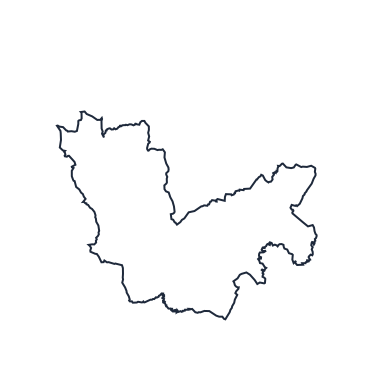 Zipaquira, Cundinamarca, Colombia (Albers equal-area conic projection), rotated 329°
{"feature_id": "7082276B49275138212053", "entity_name": "Zipaquira", "entity_type": "district", "adm_level": 2, "iso_a3": "COL", "parent_name": "Colombia", "parent_adm1": "Cundinamarca", "projection": "albers", "projection_center": [-74.018, 5.061], "detail": "fine", "context": "isolated", "style": "outline", "palette": "slate", "viewbox_px": 384, "rotation_deg": 329, "n_neighbors": 0, "source": "geoboundaries", "source_scale": "gbopen_adm2", "svg_char_len": 6032}
<svg xmlns="http://www.w3.org/2000/svg" viewBox="0 0 384 384"><g transform="rotate(329 192 192)"><path d="M280.5,214.9L279.2,213.9L278.9,214.9L277.6,215.7L275.8,218.3L275.3,218.4L275.0,217.6L273.7,218.8L273.3,217.8L272.4,218.2L271.9,217.6L271.3,217.6L271.1,219.4L268.5,220.4L267.5,222.8L265.0,223.8L263.1,223.0L262.5,223.2L261.6,221.5L260.9,219.5L261.2,214.4L260.2,212.9L258.8,213.8L257.0,213.7L254.0,214.8L253.7,214.5L243.5,219.0L238.2,216.2L237.2,217.0L234.0,214.5L233.2,215.3L232.5,214.6L229.8,213.8L228.4,215.1L228.1,214.7L226.5,215.7L224.3,215.2L224.4,214.2L220.0,211.3L217.7,213.2L215.5,216.4L210.3,211.2L209.0,211.3L208.2,212.9L207.6,212.4L207.6,211.5L205.0,209.3L203.3,210.0L202.5,209.7L200.3,211.4L199.5,210.9L198.1,211.7L195.5,209.7L193.6,209.6L192.6,209.1L184.3,209.6L178.7,207.7L171.8,210.7L169.0,210.7L166.5,211.8L162.3,212.2L162.1,209.7L161.5,209.1L161.6,206.1L160.4,204.7L162.4,200.1L164.5,200.8L166.1,200.6L166.9,200.0L169.1,195.1L170.5,190.0L170.7,185.3L171.8,180.4L170.0,178.0L169.9,175.4L171.7,172.1L174.5,171.5L175.4,170.9L177.2,167.6L178.6,166.3L178.9,163.7L179.6,162.6L182.4,162.0L183.6,160.6L184.4,158.8L184.6,154.3L186.2,148.2L189.2,144.0L188.9,140.3L187.4,140.1L185.5,138.8L184.0,138.3L182.0,135.6L179.6,134.0L177.8,133.7L176.1,134.2L175.6,133.8L175.7,132.0L176.3,131.0L179.4,128.0L181.0,127.8L181.7,127.3L180.9,125.3L183.9,122.3L184.9,118.7L187.0,116.6L188.8,113.5L187.7,108.7L187.8,106.6L185.7,105.3L183.6,105.6L181.5,107.2L179.6,105.6L179.0,104.5L178.5,104.3L177.8,104.9L176.2,104.7L174.8,102.8L173.3,101.8L171.1,101.5L170.0,100.3L169.4,100.4L167.1,99.1L165.3,99.1L165.2,98.5L164.3,98.1L163.6,98.8L162.4,98.5L160.6,99.2L158.8,98.9L158.1,97.3L156.9,97.8L155.2,97.0L154.4,95.1L153.2,94.7L151.5,94.5L150.5,95.3L149.8,94.9L148.2,96.7L145.5,97.2L144.6,99.9L144.9,95.7L146.6,94.2L147.2,91.1L151.0,84.5L152.5,83.1L152.8,82.1L150.5,82.9L147.9,81.4L145.4,75.8L141.9,70.9L141.4,67.7L137.9,66.2L138.1,67.2L135.3,72.1L133.8,73.1L132.2,72.4L131.1,72.6L129.6,75.1L124.8,80.4L122.6,80.0L120.0,77.8L116.7,76.2L116.7,75.4L115.9,74.4L114.9,70.0L112.0,67.6L111.1,65.9L110.4,65.7L110.7,71.9L109.8,73.9L106.5,79.9L101.6,85.8L102.7,89.8L104.4,91.4L103.1,91.8L103.3,93.0L102.7,94.8L101.6,95.2L101.4,95.9L102.9,97.3L104.4,97.2L105.2,97.6L106.8,105.7L106.1,108.6L102.0,108.4L101.8,109.0L102.8,110.4L99.9,111.9L97.1,116.6L96.4,120.0L96.3,121.4L97.0,122.2L95.3,128.0L96.7,131.7L96.6,135.4L97.4,137.6L96.9,140.2L97.2,143.1L93.5,144.4L94.3,144.8L94.7,146.5L95.6,147.3L95.2,148.2L96.3,149.6L96.5,153.0L97.6,155.1L98.1,158.8L97.3,162.3L96.0,163.9L96.0,165.1L94.6,168.2L94.5,172.5L92.4,177.5L91.0,178.6L90.4,180.2L88.8,181.2L86.2,181.9L86.0,183.5L84.5,184.3L83.8,185.9L81.2,186.6L79.4,185.4L76.2,184.1L76.7,185.7L76.7,188.0L74.8,189.6L74.2,190.9L77.2,195.1L78.5,196.1L78.8,199.4L78.2,205.6L80.1,206.6L81.6,205.6L82.9,208.5L84.4,209.2L88.5,213.7L89.4,213.8L94.3,218.7L93.6,221.6L90.7,226.6L88.5,229.8L87.9,231.4L85.5,233.8L85.5,239.4L84.9,243.1L84.2,244.6L84.1,248.8L83.3,252.0L82.2,252.6L82.4,253.8L84.2,254.8L84.2,256.3L84.6,256.6L87.8,258.3L89.2,258.3L92.1,260.8L92.9,261.1L93.9,260.8L94.0,261.8L94.5,262.2L100.9,262.9L102.2,263.7L103.5,263.6L104.5,264.3L106.9,263.7L107.4,264.4L109.4,264.6L110.2,263.9L111.1,264.1L113.7,263.3L115.0,264.2L114.6,264.8L113.8,264.6L113.5,264.9L113.7,265.5L114.9,266.1L114.2,267.3L113.4,266.9L113.0,267.8L112.2,267.4L111.9,267.8L112.7,268.9L113.6,268.7L111.7,270.3L112.2,272.1L111.6,272.3L110.8,271.0L110.4,271.8L111.6,273.6L111.2,275.3L111.7,275.9L111.0,276.7L111.4,277.1L111.8,279.8L114.7,281.8L114.2,282.3L113.9,281.6L113.3,282.3L113.6,283.4L114.5,283.7L114.0,283.8L114.1,284.6L115.2,285.2L116.1,285.0L116.2,284.4L117.1,284.8L117.3,285.2L116.3,286.0L116.7,286.4L117.9,285.6L117.6,286.8L117.0,287.4L118.1,287.4L118.6,286.9L118.7,287.8L120.9,288.3L121.3,289.3L122.5,289.6L122.9,289.1L124.7,290.0L125.4,289.3L128.7,291.3L129.3,291.2L129.2,290.6L130.1,291.2L130.1,291.7L131.9,292.3L132.9,296.8L134.7,298.5L135.8,298.5L137.3,299.5L141.3,300.3L145.5,303.0L149.1,310.5L151.1,312.9L153.8,314.5L154.1,317.2L155.0,318.3L162.3,314.5L164.4,312.7L166.4,311.9L167.6,310.6L171.1,308.7L173.3,306.3L177.8,303.5L177.1,301.0L178.9,299.8L181.9,298.9L182.9,297.8L182.0,297.3L181.0,295.5L180.8,293.8L181.5,291.4L181.5,289.9L186.6,289.5L190.3,287.6L192.3,287.7L197.2,289.0L199.1,292.8L200.4,299.7L200.6,304.5L203.5,304.5L206.8,307.5L207.7,307.5L210.1,304.2L209.9,302.8L208.8,301.0L209.7,299.9L211.0,299.2L210.7,297.8L212.2,297.0L211.6,294.8L212.2,294.6L213.7,296.6L215.0,295.6L216.5,295.3L215.7,293.9L215.6,289.7L213.7,288.0L214.3,285.4L214.1,283.5L215.5,283.1L216.1,284.3L216.8,284.6L217.6,283.5L216.6,282.1L216.5,281.3L217.6,279.7L219.0,278.8L222.3,280.6L224.4,280.5L224.4,280.1L222.7,279.4L221.9,277.8L222.0,277.3L224.0,276.0L224.5,276.1L224.7,277.0L225.5,277.4L226.1,276.7L227.6,276.6L229.2,275.6L230.0,275.5L231.4,277.5L232.0,276.9L232.0,275.5L232.8,275.2L234.0,276.7L233.7,279.5L235.9,279.8L237.1,281.4L237.4,282.7L239.1,281.9L240.4,281.9L242.0,282.8L243.2,284.4L242.4,286.2L242.1,288.1L244.0,290.4L243.6,294.4L245.8,296.8L246.0,297.8L243.2,301.6L242.5,305.3L245.6,304.5L244.0,305.9L244.5,308.7L249.7,311.5L249.8,309.8L252.6,311.5L253.3,310.8L255.7,311.4L255.2,310.2L255.5,309.8L256.9,310.8L258.4,310.9L258.3,308.2L258.8,307.5L261.4,306.8L262.5,308.2L263.5,307.5L264.6,305.5L265.1,302.8L266.9,301.6L266.8,299.0L268.6,297.0L269.2,296.7L269.7,297.2L269.4,299.8L270.5,299.2L271.8,297.4L272.6,297.3L273.1,295.6L274.6,295.3L276.1,294.0L276.6,293.1L276.3,291.4L276.9,288.6L278.3,285.3L278.4,282.5L273.7,281.2L271.4,274.8L267.1,262.1L267.5,261.1L268.9,260.6L269.4,260.0L269.3,259.1L268.4,258.5L268.3,256.2L270.8,254.4L273.4,257.1L274.4,257.0L274.8,258.2L278.3,257.6L283.4,254.3L285.0,252.6L287.2,252.1L287.9,251.2L290.4,250.5L291.0,249.9L298.9,246.5L303.2,243.2L306.4,241.4L307.3,240.1L307.7,238.0L309.7,235.5L309.8,234.6L307.7,230.9L303.4,229.7L300.0,227.3L298.5,226.9L295.6,222.1L294.9,222.0L291.9,223.4L289.3,222.6L285.6,219.5L284.5,214.4L283.7,214.1L280.5,214.9Z" fill="none" stroke="#1e293b" stroke-width="2"/></g></svg>